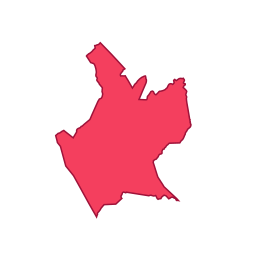 Seabra, Bahia, Brazil, rotated 60°
{"feature_id": "56859067B75926333171607", "entity_name": "Seabra", "entity_type": "district", "adm_level": 2, "iso_a3": "BRA", "parent_name": "Brazil", "parent_adm1": "Bahia", "projection": "orthographic", "projection_center": [-41.912, -12.388], "detail": "fine", "context": "isolated", "style": "filled", "palette": "rose", "viewbox_px": 256, "rotation_deg": 60, "n_neighbors": 0, "source": "geoboundaries", "source_scale": "gbopen_adm2", "svg_char_len": 4253}
<svg xmlns="http://www.w3.org/2000/svg" viewBox="0 0 256 256"><g transform="rotate(60 128 128)"><path d="M75.2,101.1L56.2,105.4L40.3,109.4L40.6,110.4L40.9,111.4L40.9,112.2L40.5,113.2L40.5,114.2L40.3,114.9L40.0,115.6L41.4,116.1L42.5,116.6L42.8,117.7L42.9,118.8L43.3,119.7L43.7,120.9L43.9,121.8L44.0,122.7L44.2,124.0L44.1,125.1L44.4,126.1L44.5,127.1L44.9,128.0L52.7,127.6L53.4,126.9L54.0,126.5L54.8,125.7L56.0,125.3L56.9,125.4L58.4,125.6L59.3,125.9L60.3,126.1L61.7,126.6L63.0,127.1L64.3,127.8L65.5,128.9L66.3,129.5L67.5,129.9L68.5,129.6L69.6,129.7L70.4,130.7L71.4,131.2L72.5,131.0L73.6,130.9L74.6,130.7L75.7,130.9L76.4,130.8L77.1,130.6L78.0,130.5L79.0,130.3L80.3,130.1L81.1,130.6L81.9,131.2L82.7,131.7L83.5,132.3L84.5,132.5L85.6,132.8L86.3,133.2L87.0,133.9L87.8,134.5L88.2,135.2L88.8,136.0L88.8,136.9L88.6,138.3L89.9,140.7L99.1,153.4L100.4,155.1L101.6,156.8L102.7,163.2L102.9,164.3L103.2,165.6L103.5,166.7L103.2,167.6L103.5,168.4L103.8,169.2L103.6,170.6L103.5,171.4L103.6,172.5L104.0,173.3L104.8,174.0L105.5,174.3L106.0,174.8L106.4,175.7L107.3,177.2L107.6,177.8L109.1,180.4L98.9,184.5L98.0,184.8L98.0,185.8L97.8,186.5L98.0,187.2L98.0,187.9L98.0,188.7L98.2,189.7L97.7,191.1L98.0,192.3L98.2,193.7L98.4,194.4L103.8,195.9L104.6,196.2L105.4,196.4L110.1,195.7L129.8,200.9L142.1,199.0L147.0,199.1L153.5,199.2L173.2,199.6L189.3,199.7L188.2,198.5L187.6,197.6L186.7,197.2L186.2,196.5L186.0,195.8L185.8,195.0L185.3,193.9L184.9,192.8L184.2,191.9L183.8,190.9L183.6,190.2L183.1,189.3L183.0,188.6L182.8,187.9L182.4,187.1L187.8,176.6L185.9,168.5L185.1,168.7L184.2,168.5L183.5,168.0L183.0,167.3L182.6,166.6L182.0,165.8L181.4,165.3L181.2,164.5L181.3,163.8L182.1,163.1L183.0,162.3L182.7,161.6L197.1,143.8L197.3,142.6L197.7,141.6L198.3,141.2L199.1,140.4L199.7,139.8L200.1,138.8L200.3,137.8L201.3,137.8L202.3,137.9L203.7,138.0L204.8,137.6L204.8,136.7L205.2,136.0L205.6,134.8L205.0,133.9L204.6,133.2L204.5,132.4L204.3,131.3L204.2,130.3L204.8,129.9L205.4,129.2L206.4,128.8L207.3,128.6L208.0,128.5L208.7,128.3L209.7,128.1L209.8,126.9L209.7,126.0L209.7,125.2L209.9,124.3L210.8,123.6L211.9,123.0L212.6,122.2L213.6,122.2L214.4,122.3L215.2,122.0L215.5,121.2L216.0,120.6L213.6,121.1L196.9,126.2L195.3,126.2L185.4,126.7L183.5,126.3L182.5,126.1L172.8,123.9L170.4,123.4L169.8,122.8L169.1,122.4L168.9,121.4L168.8,120.3L169.1,119.3L168.8,118.4L168.4,117.4L168.0,116.3L167.4,115.5L166.8,114.6L166.6,113.4L167.0,112.5L167.0,111.4L166.3,110.8L165.4,110.4L164.6,109.6L163.9,108.3L164.3,107.3L163.5,106.2L163.4,105.0L162.8,104.0L162.4,103.1L162.4,102.2L162.2,101.5L162.0,100.7L161.8,99.9L166.8,90.6L166.3,89.6L165.8,88.7L165.5,87.6L165.4,86.7L165.1,86.1L164.6,85.2L163.9,84.2L163.4,83.5L162.8,82.9L162.3,81.9L161.6,81.2L160.9,80.7L160.5,79.8L160.1,78.8L159.6,78.1L159.2,77.3L158.8,76.6L158.7,75.6L158.5,74.7L158.3,73.7L157.6,72.6L156.6,71.8L155.7,71.9L155.1,71.4L154.1,71.4L153.6,70.9L152.7,70.8L151.9,70.1L151.2,70.2L141.8,66.7L135.5,64.4L134.8,64.1L133.8,63.7L132.7,63.2L131.6,62.7L130.8,61.9L130.0,61.5L129.0,61.5L128.1,61.3L127.5,60.8L126.5,59.7L125.6,58.8L124.6,58.8L122.9,59.2L121.7,59.5L120.6,60.0L119.7,59.0L119.3,57.9L119.2,56.8L118.3,56.4L117.5,57.3L116.7,57.5L116.0,56.7L115.4,55.8L114.9,55.3L114.3,55.1L113.4,55.2L112.5,55.3L112.4,56.4L111.8,56.9L111.3,57.6L110.8,59.0L111.0,61.7L111.1,62.4L110.4,62.9L109.3,63.2L109.4,64.2L109.8,64.8L111.0,65.1L111.9,65.4L112.4,66.6L112.6,67.5L111.7,68.0L110.9,69.0L110.6,70.2L110.9,71.2L111.3,71.9L111.8,72.7L112.7,73.9L113.0,75.5L113.3,76.5L113.3,77.4L113.1,78.9L112.6,80.8L112.3,81.6L112.0,82.2L112.0,83.1L112.4,84.0L112.8,85.6L113.2,86.8L112.9,87.5L112.0,87.9L110.4,88.0L109.3,87.8L108.3,88.3L108.0,89.3L108.0,90.2L108.5,90.9L109.1,92.3L109.5,92.9L110.0,94.3L110.3,95.2L110.9,95.9L111.6,96.2L112.2,96.8L112.8,97.7L112.3,98.8L108.8,104.2L103.9,97.8L98.0,89.9L97.2,89.1L96.4,88.5L95.7,88.1L94.9,87.8L94.3,88.0L93.6,87.5L92.5,87.1L91.7,86.9L91.2,88.0L91.2,88.9L91.1,89.8L91.0,90.6L91.2,92.5L91.5,94.1L91.8,94.9L92.1,96.2L92.7,97.4L93.2,98.2L93.2,99.2L93.8,100.8L94.7,102.3L95.1,103.2L95.6,104.2L86.6,104.2L83.7,104.3L81.4,104.3L81.0,105.3L80.6,106.0L80.1,106.7L79.7,107.4L79.3,108.3L78.4,108.2L77.5,107.6L77.0,106.5L76.7,105.7L76.4,105.0L76.1,104.1L75.3,103.4L75.3,102.2L75.2,101.1Z" fill="#f43f5e" stroke="#9f1239" stroke-width="1.5"/></g></svg>